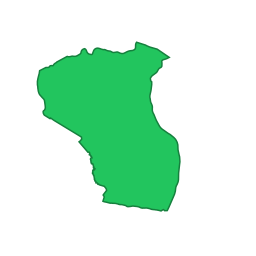 outline of Flóahreppur, Suðurland, Iceland, rotated 333°
{"feature_id": "244011B29431294757890", "entity_name": "Flóahreppur", "entity_type": "district", "adm_level": 2, "iso_a3": "ISL", "parent_name": "Iceland", "parent_adm1": "Suðurland", "projection": "albers", "projection_center": [-20.876, 63.886], "detail": "fine", "context": "isolated", "style": "filled", "palette": "green", "viewbox_px": 256, "rotation_deg": 333, "n_neighbors": 0, "source": "geoboundaries", "source_scale": "gbopen_adm2", "svg_char_len": 5282}
<svg xmlns="http://www.w3.org/2000/svg" viewBox="0 0 256 256"><g transform="rotate(333 128 128)"><path d="M72.4,181.9L72.7,182.2L73.0,182.6L73.8,183.3L75.1,184.3L76.3,185.4L77.9,186.8L78.4,187.1L78.8,187.2L80.1,188.1L81.0,188.6L81.6,188.9L82.6,189.5L84.4,191.0L85.3,192.0L85.8,192.4L86.3,192.6L86.9,193.1L87.3,193.2L87.8,193.5L90.6,195.9L90.8,196.1L91.1,196.8L91.4,197.2L91.6,197.6L92.0,197.9L92.4,198.0L92.7,198.3L94.8,199.1L96.2,199.5L97.1,199.8L97.6,200.2L99.1,201.2L100.5,202.1L101.7,203.1L102.2,203.6L102.7,204.3L103.2,204.9L103.6,205.3L103.8,205.4L104.4,205.9L105.6,206.4L106.1,206.7L106.9,207.1L107.5,207.3L108.2,207.7L108.8,208.1L110.6,209.6L111.1,210.1L111.6,210.7L112.0,211.1L113.4,212.1L114.6,212.8L115.2,213.3L115.9,213.7L117.6,215.0L119.8,216.9L120.3,216.9L121.7,216.7L122.6,216.8L123.1,218.3L124.5,219.0L125.5,219.4L128.4,217.2L137.5,209.7L139.5,208.0L141.5,205.8L142.6,204.1L143.4,202.9L144.1,202.1L144.9,201.4L146.3,200.4L148.1,198.8L149.5,197.0L152.7,191.0L154.3,188.6L157.4,183.9L158.9,181.7L160.0,179.2L160.9,177.1L161.4,174.8L162.6,170.3L163.5,168.3L164.3,166.6L164.8,165.4L165.3,163.0L165.3,161.0L165.2,159.6L164.5,157.2L162.7,153.1L161.1,150.6L159.4,147.3L158.0,144.7L157.3,142.9L156.9,141.0L156.8,138.7L156.7,134.4L156.8,132.4L157.2,128.0L157.2,125.4L157.6,123.5L158.2,122.3L158.6,121.5L159.3,120.3L159.7,118.9L159.8,117.9L159.9,116.7L159.9,115.6L160.2,114.4L161.0,112.1L161.2,111.3L161.4,110.5L162.3,108.9L165.5,105.0L166.6,103.4L168.9,100.0L169.3,99.2L169.7,98.3L170.0,97.9L170.1,97.6L170.0,97.2L169.8,96.8L169.7,96.4L169.8,95.8L170.0,95.2L170.4,94.1L170.6,93.8L170.8,93.6L171.3,93.3L173.2,92.4L175.1,92.1L176.3,91.9L178.1,91.6L178.8,91.4L179.7,90.9L180.2,90.6L181.0,90.0L182.6,89.1L182.9,89.0L184.7,89.0L185.5,88.8L186.2,88.3L187.0,86.9L187.7,85.6L188.3,84.0L188.8,83.4L189.6,83.2L190.7,83.2L192.0,83.5L194.0,83.8L196.8,83.8L189.8,71.0L184.0,65.6L181.6,62.7L181.5,62.3L174.6,55.5L173.9,55.9L173.1,56.6L172.5,57.4L171.9,58.5L171.4,59.5L170.8,60.3L170.0,60.9L169.1,61.1L168.3,61.1L167.6,61.1L166.4,60.7L165.4,60.3L164.1,59.9L163.0,59.7L161.7,59.6L158.9,59.6L157.8,59.5L157.0,59.2L156.2,58.8L155.4,58.1L154.7,57.5L154.1,56.6L153.5,55.9L153.1,55.5L152.2,55.1L151.4,54.9L149.4,54.2L148.8,53.8L148.3,53.2L147.5,52.0L147.0,51.4L145.4,50.3L144.4,49.4L143.2,47.9L142.6,47.4L141.8,47.1L140.9,46.4L139.8,45.4L138.9,44.4L138.1,43.7L137.3,43.1L136.6,42.8L135.7,42.6L135.0,42.6L134.1,42.7L133.3,43.0L132.5,43.5L130.0,45.8L129.7,46.0L129.2,46.1L128.7,45.9L128.1,45.5L127.6,45.0L127.0,44.6L126.4,43.8L126.1,42.9L125.9,42.0L126.0,40.9L126.1,39.8L126.0,38.8L125.7,38.1L125.3,37.6L124.7,37.5L123.9,37.4L123.1,37.5L122.3,37.7L121.6,38.1L120.9,38.8L120.1,39.8L119.6,40.1L119.0,40.3L118.0,40.4L116.2,40.5L115.5,40.5L114.6,40.5L114.1,40.4L112.5,39.7L111.2,38.8L110.5,38.5L108.7,38.1L107.9,37.8L107.0,37.3L106.3,36.6L94.4,36.9L94.1,37.1L93.5,37.2L92.1,37.3L91.6,37.4L91.0,37.6L89.7,38.3L89.4,38.4L89.0,38.2L87.9,37.5L87.0,37.3L86.3,37.4L85.7,37.8L85.2,37.9L84.3,37.8L83.3,37.3L82.3,36.8L75.3,36.8L74.5,37.9L73.6,39.2L72.3,40.6L70.4,42.8L69.3,44.2L68.4,45.4L67.7,46.8L66.9,48.4L66.4,50.1L65.7,51.8L64.8,54.5L64.5,56.1L64.4,57.4L64.5,58.5L65.4,61.9L65.8,63.2L66.1,64.3L66.1,65.2L65.7,66.6L65.3,67.8L64.5,70.1L64.2,70.9L63.8,71.8L63.6,72.3L62.9,73.2L62.5,73.6L61.9,74.0L61.5,74.2L60.7,74.3L60.0,74.6L59.3,76.1L59.2,77.4L59.3,78.6L62.8,84.3L63.6,84.0L65.7,87.9L82.4,114.9L81.7,116.9L79.2,117.9L78.1,118.1L81.3,131.4L82.3,131.8L82.5,132.1L82.5,132.3L82.4,132.6L82.5,132.7L82.5,133.0L82.4,133.2L82.3,133.3L82.2,133.5L82.1,133.8L81.6,133.9L81.4,134.3L81.5,134.4L81.8,134.4L81.9,134.5L82.0,134.6L81.9,134.7L82.0,134.8L82.1,135.0L82.0,135.3L82.1,135.5L82.0,135.8L82.1,136.1L82.5,136.4L82.5,136.5L82.3,136.7L82.2,136.8L82.3,137.0L82.5,137.6L82.4,138.0L82.2,137.8L81.8,137.8L81.6,138.0L81.3,138.0L81.1,138.2L80.8,138.2L80.7,138.3L80.6,138.7L80.3,139.0L80.3,139.3L80.3,139.5L80.4,139.8L80.3,140.0L80.2,140.1L80.0,140.3L80.0,140.5L79.9,140.9L79.7,141.1L79.6,141.4L79.6,141.7L79.5,141.9L79.4,142.0L79.3,142.4L79.6,142.5L79.6,142.8L79.8,143.2L79.7,143.3L79.5,143.5L80.1,144.0L80.4,144.2L80.4,144.3L80.1,145.0L80.1,145.3L80.0,145.7L80.0,146.0L79.9,146.2L79.8,146.4L79.9,146.5L80.0,146.7L80.0,146.8L79.8,147.0L79.7,147.3L79.5,147.5L79.4,147.8L79.1,147.8L79.1,148.0L79.3,148.3L79.5,148.5L79.8,148.5L79.9,149.0L80.1,149.2L80.1,149.4L79.7,149.6L79.1,150.0L78.9,150.0L78.6,150.0L78.3,149.4L78.2,149.4L77.8,149.8L77.6,149.7L77.3,149.9L77.2,150.0L77.2,150.4L77.0,150.7L76.8,150.9L76.6,151.0L76.3,151.3L76.3,151.6L76.4,151.8L75.7,152.4L75.7,152.6L75.8,152.7L75.9,152.9L76.1,153.2L76.1,153.4L76.1,153.6L75.9,153.9L75.8,154.0L75.9,154.4L75.9,154.8L76.0,155.1L75.8,155.4L75.8,155.5L75.7,155.8L75.6,156.2L75.3,157.1L75.3,157.3L75.2,157.4L75.2,157.6L75.3,157.7L75.3,157.8L74.9,158.1L74.8,158.3L74.7,158.5L74.7,158.8L74.7,159.0L74.9,159.4L74.8,159.6L74.6,159.8L74.5,160.1L74.5,160.3L74.8,160.5L75.0,160.8L75.1,161.0L75.0,161.4L74.8,161.7L74.7,161.8L74.6,162.0L74.5,162.3L75.1,162.6L75.3,162.8L75.6,163.0L75.7,163.4L75.5,163.6L75.5,164.1L75.7,164.3L75.7,164.5L75.8,164.7L76.0,164.8L76.4,164.7L76.5,164.8L76.7,165.7L80.4,169.2L81.0,172.1L80.6,173.9L75.6,176.3L75.5,176.5L75.4,176.7L75.4,176.9L75.4,177.2L75.6,177.6L75.6,178.3L75.5,178.7L72.4,181.9Z" fill="#22c55e" stroke="#15803d" stroke-width="1.5"/></g></svg>